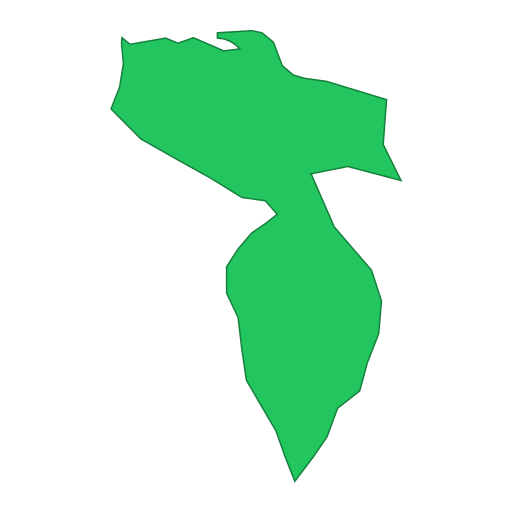 the border of Hato Mayor
{"feature_id": "DOM-1980", "entity_name": "Hato Mayor", "entity_type": "Province", "adm_level": 1, "iso_a3": "DOM", "parent_name": "Dominican Republic", "parent_adm1": "", "projection": "natural_earth1", "projection_center": [-69.407, 18.817], "detail": "fine", "context": "isolated", "style": "filled", "palette": "green", "viewbox_px": 512, "rotation_deg": 0, "n_neighbors": 0, "source": "natural_earth", "source_scale": "10m", "svg_char_len": 804}
<svg xmlns="http://www.w3.org/2000/svg" viewBox="0 0 512 512"><path d="M122.0,37.7L130.0,44.3L165.7,38.1L178.0,43.2L193.4,37.7L223.8,50.9L239.9,48.9L235.9,45.1L230.7,41.6L224.5,39.0L217.4,38.0L217.4,32.8L251.9,30.7L262.0,32.8L273.4,42.2L282.3,65.7L293.3,75.0L304.3,78.3L326.6,81.4L386.6,99.7L386.3,102.4L386.3,102.7L383.2,144.5L401.0,180.5L347.7,166.5L311.1,173.8L334.3,227.0L371.5,270.2L381.5,301.0L378.7,333.6L367.4,362.6L359.7,390.9L337.6,408.2L327.1,436.7L313.2,457.0L294.8,481.3L284.9,456.2L275.9,430.7L261.1,405.5L246.4,380.2L241.8,349.1L238.1,317.4L226.6,293.2L226.6,266.7L238.1,248.9L251.6,233.1L264.9,223.9L277.2,214.3L265.3,200.8L241.8,197.4L210.2,177.9L177.7,159.8L140.8,138.9L111.0,108.9L119.6,87.1L123.4,63.8L121.5,43.4L122.0,37.7Z" fill="#22c55e" stroke="#15803d" stroke-width="1.5"/></svg>